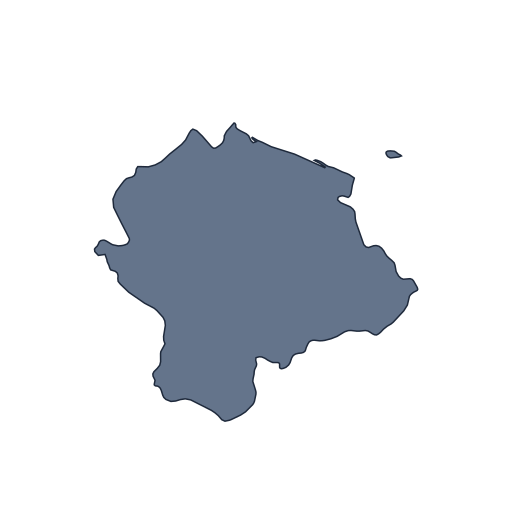 La Araucanía, Equal Earth projection, rotated 128°
{"feature_id": "CHL-2700", "entity_name": "La Araucanía", "entity_type": "Region", "adm_level": 1, "iso_a3": "CHL", "parent_name": "Chile", "parent_adm1": "", "projection": "equal_earth", "projection_center": [-72.302, -38.69], "detail": "fine", "context": "isolated", "style": "filled", "palette": "slate", "viewbox_px": 512, "rotation_deg": 128, "n_neighbors": 0, "source": "natural_earth", "source_scale": "10m", "svg_char_len": 4104}
<svg xmlns="http://www.w3.org/2000/svg" viewBox="0 0 512 512"><g transform="rotate(128 256 256)"><path d="M405.3,178.8L405.9,181.5L406.0,181.9L406.1,182.2L406.0,182.6L405.0,187.4L404.8,191.7L405.1,196.1L409.6,218.9L412.1,223.8L415.7,227.2L419.7,230.0L423.0,233.5L424.5,238.7L424.2,241.6L423.1,243.8L420.3,247.8L419.2,249.9L419.0,250.8L418.9,252.4L419.2,253.6L419.8,254.5L420.3,255.4L420.2,256.8L419.6,257.3L416.3,258.9L415.7,259.8L414.1,263.1L412.4,264.7L410.0,265.2L405.4,264.6L401.3,264.6L398.0,266.1L391.7,271.1L390.0,272.1L381.9,273.5L381.0,273.9L380.5,274.8L379.1,276.9L376.3,279.3L366.5,284.7L363.3,287.9L361.6,291.4L360.0,300.5L359.9,304.3L361.8,314.8L362.9,334.0L361.7,345.6L360.9,349.0L358.8,351.0L356.5,352.5L354.8,354.8L354.7,357.5L356.4,362.0L355.4,364.1L354.1,365.8L352.1,369.7L350.5,371.5L347.7,375.9L352.6,380.6L351.8,385.7L350.0,387.5L348.2,387.6L346.2,387.2L343.9,387.5L341.3,388.2L339.5,387.8L337.9,386.5L337.0,385.4L336.9,385.1L336.8,384.7L336.6,384.3L336.5,383.9L336.2,382.0L336.0,380.2L335.8,378.3L335.5,376.4L335.3,375.8L335.0,375.1L334.7,374.5L334.4,373.9L334.0,373.1L333.6,372.3L333.2,371.5L332.8,370.7L332.3,370.2L331.9,369.7L331.4,369.2L330.9,368.7L330.5,368.2L330.0,367.8L329.6,367.4L329.1,367.0L328.7,366.7L328.3,366.4L327.8,366.1L327.4,365.8L327.0,365.6L326.5,365.4L326.1,365.1L325.6,364.9L324.9,364.9L323.2,365.0L321.4,365.5L320.2,366.6L317.1,373.2L313.1,381.9L308.9,390.7L305.3,398.1L299.3,403.7L291.3,405.9L283.3,406.2L277.8,406.2L274.8,405.7L272.5,404.2L270.2,402.4L267.4,401.4L264.2,402.2L261.2,403.9L258.4,404.2L255.9,401.0L252.0,395.7L246.3,391.5L240.0,388.7L234.6,387.7L228.7,386.8L221.3,385.0L213.9,383.3L207.9,382.9L203.5,383.7L200.1,384.3L197.4,384.5L194.9,383.9L193.8,379.9L194.6,372.1L196.2,363.9L197.3,358.3L197.2,355.8L195.8,354.3L193.4,353.4L190.4,352.5L187.4,352.1L184.8,352.6L183.1,353.4L182.4,353.8L182.0,354.1L181.6,354.4L181.2,354.7L180.8,355.0L179.5,355.2L178.3,355.5L177.1,355.7L175.8,355.9L173.1,355.7L170.3,355.5L167.5,355.4L164.7,355.2L164.4,354.3L165.0,352.8L166.0,352.0L167.0,351.0L167.4,349.0L167.0,345.6L165.7,338.9L165.8,335.9L168.3,330.8L168.5,328.0L165.7,326.2L166.0,329.9L165.5,332.0L164.7,331.9L163.9,325.8L162.5,320.9L160.5,311.3L152.0,288.4L144.1,256.2L143.3,256.2L143.7,262.8L144.8,268.9L143.7,268.3L142.9,266.7L141.8,263.0L141.5,260.1L141.4,257.1L141.0,254.3L138.7,249.1L136.6,239.7L135.1,235.2L134.5,232.7L134.0,226.1L134.1,226.5L134.2,226.4L140.8,223.7L148.7,219.4L151.4,219.0L153.1,219.5L154.5,223.3L155.5,225.2L157.7,226.9L159.3,227.4L161.5,226.3L161.9,222.3L159.2,211.8L159.4,208.3L160.3,205.6L161.9,203.9L165.5,200.7L167.7,198.2L180.7,178.0L181.1,174.8L180.0,172.5L175.6,169.7L173.8,167.8L172.6,165.1L172.5,161.9L173.3,158.5L174.6,155.6L175.5,152.8L175.8,149.8L175.9,146.5L176.3,143.0L177.7,140.8L182.0,136.0L184.0,131.3L184.3,128.2L183.6,125.6L179.0,120.6L178.3,118.5L178.6,116.6L181.5,109.6L182.6,108.1L183.7,107.8L185.1,108.3L186.8,109.2L188.8,109.9L191.3,110.4L193.3,110.3L201.5,106.5L208.2,105.8L223.5,107.1L226.3,107.7L230.5,109.4L235.2,110.5L239.5,110.9L242.0,111.5L244.0,112.4L245.1,114.1L245.6,116.3L245.8,118.8L246.2,121.7L247.4,124.0L251.5,128.2L253.2,130.4L256.2,135.3L258.0,137.4L261.2,139.5L269.4,142.6L275.1,146.0L280.2,149.9L282.0,151.7L283.7,153.7L286.5,158.3L287.7,159.6L289.2,160.6L291.0,161.2L293.2,161.0L297.1,160.1L299.6,159.1L301.0,158.8L302.8,159.3L304.6,160.6L306.5,162.6L308.9,164.5L311.4,165.4L314.1,165.2L319.1,163.5L321.8,163.2L325.3,163.9L327.6,165.2L329.1,166.4L329.6,167.6L329.4,168.6L328.4,169.5L326.5,171.0L326.2,171.7L326.3,172.9L329.6,177.2L330.3,179.8L330.8,182.5L331.1,186.0L332.0,189.3L333.4,191.4L336.1,193.4L338.2,192.2L340.7,189.0L342.3,188.1L346.5,187.1L348.4,186.1L350.3,184.8L354.6,182.7L356.8,181.3L362.0,173.8L363.3,172.2L364.9,171.0L371.4,167.8L373.2,167.3L375.0,167.1L385.2,168.3L390.8,170.2L400.7,175.1L401.9,175.9L405.2,178.7L405.3,178.8ZM95.3,209.8L96.1,210.8L96.5,213.4L95.8,215.6L95.1,216.7L94.3,217.3L93.6,217.4L92.2,216.8L90.4,214.8L88.3,211.5L88.0,209.4L88.0,206.7L87.5,204.3L87.6,203.0L90.1,204.5L95.3,209.8Z" fill="#64748b" stroke="#1e293b" stroke-width="1.5"/></g></svg>